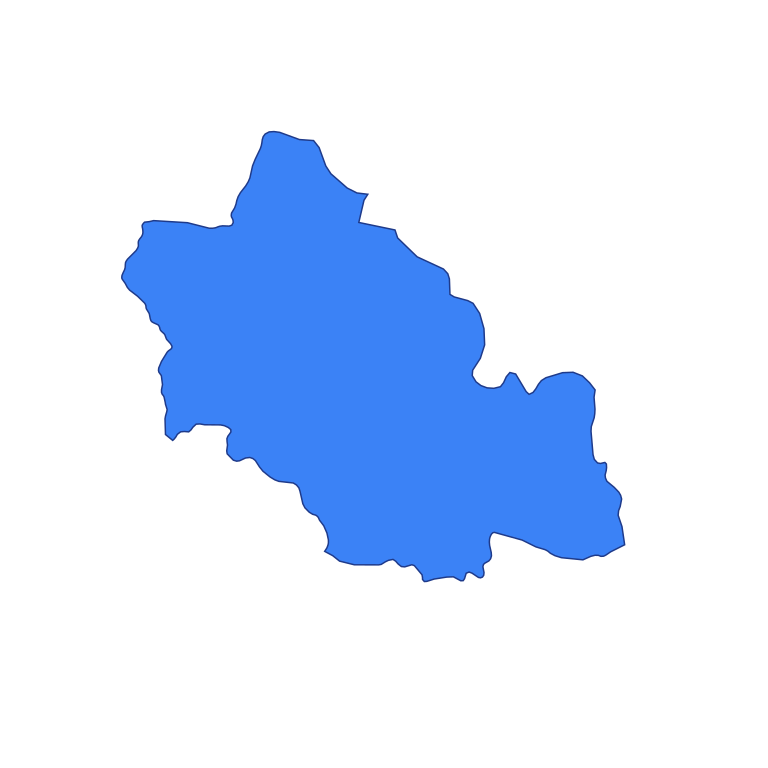 map outline of Allier (Natural Earth projection), rotated 210°
{"feature_id": "FRA-5264", "entity_name": "Allier", "entity_type": "Metropolitan department", "adm_level": 1, "iso_a3": "FRA", "parent_name": "France", "parent_adm1": "", "projection": "natural_earth1", "projection_center": [3.256, 46.375], "detail": "fine", "context": "isolated", "style": "filled", "palette": "blue", "viewbox_px": 768, "rotation_deg": 210, "n_neighbors": 0, "source": "natural_earth", "source_scale": "10m", "svg_char_len": 3890}
<svg xmlns="http://www.w3.org/2000/svg" viewBox="0 0 768 768"><g transform="rotate(210 384 384)"><path d="M347.2,498.4L336.4,492.9L325.1,481.9L316.4,468.2L313.4,454.4L314.1,440.3L311.8,435.4L305.4,431.9L299.3,431.1L292.8,432.2L286.7,435.2L281.8,439.9L281.1,444.9L281.7,451.5L280.7,456.9L275.0,458.5L257.1,448.5L253.2,447.6L250.7,451.2L250.1,455.9L250.1,461.0L249.4,465.7L246.9,470.4L235.0,483.1L226.1,488.7L216.2,490.2L206.5,487.8L198.2,484.4L195.5,477.6L188.7,467.7L186.6,463.6L185.1,459.8L183.2,450.8L181.1,446.6L167.7,427.4L164.2,423.9L159.6,422.4L156.8,423.4L153.5,426.5L151.4,425.9L149.4,422.8L148.3,420.2L147.0,415.7L145.2,413.3L142.3,411.2L132.9,409.6L126.5,407.7L123.4,405.9L120.7,403.2L118.2,396.0L117.5,391.6L115.6,387.4L106.6,379.5L95.2,365.1L103.8,352.0L106.3,346.8L107.7,344.7L110.0,343.2L112.7,342.8L115.6,341.2L118.7,338.2L123.8,331.2L143.5,322.3L150.1,320.8L155.3,320.6L158.6,321.2L161.6,321.1L171.0,318.9L186.4,317.9L214.2,310.7L215.4,309.6L215.9,307.7L215.8,305.7L215.5,303.8L214.9,302.1L213.7,299.7L211.8,297.0L206.9,291.7L205.0,288.9L204.3,286.0L204.7,283.3L207.2,279.0L207.6,277.4L207.0,275.2L203.1,270.7L202.0,268.2L202.2,266.0L203.5,264.4L205.5,263.7L213.2,264.2L216.3,263.7L218.2,261.2L216.9,255.6L217.1,253.3L219.1,252.0L227.5,251.7L233.2,248.1L243.0,240.2L248.2,234.5L250.3,233.1L252.9,234.0L254.0,235.8L255.7,237.8L266.9,241.9L269.5,241.4L274.6,236.0L277.7,234.6L281.8,235.2L285.3,236.4L288.5,236.6L292.0,233.5L293.9,230.7L296.2,226.4L298.2,224.7L319.3,212.6L333.9,208.4L342.6,209.7L351.7,209.4L351.5,213.4L351.8,215.5L352.2,217.3L352.8,218.8L354.2,221.2L358.9,226.4L365.3,231.1L371.7,233.8L374.2,235.6L375.7,236.1L377.5,236.3L380.7,235.5L384.7,235.6L390.5,237.2L394.4,239.7L403.1,249.1L405.8,251.5L409.3,252.8L413.1,252.9L426.4,247.1L430.7,246.4L436.1,246.5L445.1,247.9L450.3,249.9L457.1,253.4L460.2,253.9L463.4,253.3L466.9,250.7L470.7,245.3L473.0,243.5L476.4,242.7L484.9,245.1L486.8,247.5L489.0,252.9L491.0,255.5L492.7,258.1L493.1,260.7L492.8,263.3L492.6,265.9L493.9,267.9L497.1,268.5L501.4,268.1L505.2,266.8L519.0,259.0L523.4,257.4L526.6,255.3L527.9,251.0L528.2,247.7L529.2,244.9L533.2,243.0L536.2,240.9L537.8,237.1L537.8,233.9L538.2,231.3L538.8,229.5L548.0,231.0L556.2,244.3L557.2,247.0L558.3,251.4L559.0,253.4L563.2,257.3L564.1,258.5L567.9,262.7L569.2,263.6L570.9,264.2L572.5,265.5L573.8,267.8L575.5,272.7L581.0,279.9L584.9,281.7L586.1,283.0L587.1,285.2L588.0,292.3L587.7,303.1L587.3,304.8L586.0,307.7L585.8,309.2L586.5,310.7L589.0,312.2L594.4,313.9L595.2,314.4L598.2,316.9L599.6,317.6L603.0,318.3L604.6,318.9L605.7,319.8L606.7,320.9L607.8,321.7L609.3,322.3L614.2,321.8L616.0,321.8L617.5,322.3L618.9,323.5L622.5,327.6L627.4,330.3L628.1,331.0L629.4,332.8L630.5,333.7L631.9,334.4L641.3,336.8L651.2,338.1L654.5,339.3L658.5,341.8L662.9,343.8L663.7,344.3L664.5,345.4L665.2,347.1L665.6,350.3L665.8,353.2L666.3,355.2L667.0,356.7L667.8,358.2L668.6,360.1L668.7,362.0L668.5,364.0L665.4,375.6L665.3,378.4L665.6,380.5L666.3,381.7L667.1,382.9L667.8,384.1L668.2,385.6L668.1,387.6L667.7,389.9L667.7,391.8L668.0,393.3L668.6,394.8L669.5,396.2L670.7,397.8L671.7,398.9L672.3,399.7L672.8,400.6L672.8,401.9L672.6,403.2L672.3,404.4L668.4,407.3L665.2,410.3L634.9,425.4L613.3,431.5L610.3,433.2L608.2,434.9L607.3,435.9L606.4,437.1L605.0,438.6L602.8,440.3L597.1,443.3L595.2,445.4L595.3,448.5L596.7,450.4L597.9,451.4L599.7,452.5L600.7,453.8L601.5,455.8L601.4,461.8L602.1,465.8L603.2,469.2L604.0,473.4L604.0,478.2L602.8,486.4L602.7,491.4L603.2,495.5L606.9,507.2L607.9,514.2L608.8,526.0L609.4,529.0L610.4,531.9L611.6,534.8L612.3,537.9L611.9,541.1L609.5,544.9L605.5,547.6L600.1,549.8L579.5,553.4L566.7,559.6L558.4,556.3L543.4,543.7L535.1,539.5L513.8,535.3L503.0,535.9L492.9,540.2L493.2,533.1L486.6,511.3L451.5,522.9L445.2,517.3L418.9,510.7L390.0,513.3L383.9,511.4L379.9,507.7L371.7,494.6L366.7,494.5L353.2,498.1L347.2,498.4Z" fill="#3b82f6" stroke="#1e3a8a" stroke-width="1.5"/></g></svg>